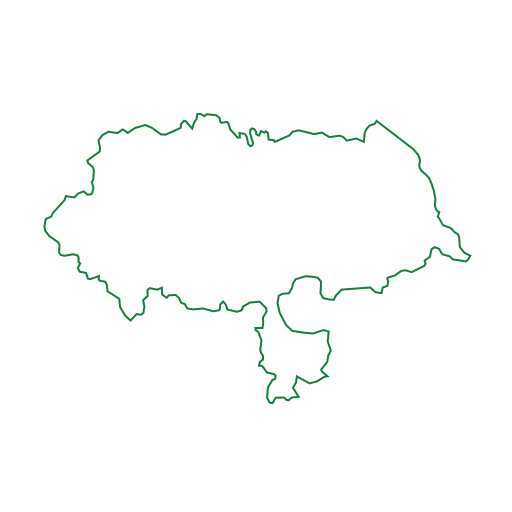 SVG path tracing the border of North Yorkshire, rotated 5°
{"feature_id": "GBR-2140", "entity_name": "North Yorkshire", "entity_type": "Administrative County", "adm_level": 1, "iso_a3": "GBR", "parent_name": "United Kingdom", "parent_adm1": "", "projection": "mercator", "projection_center": [-1.361, 54.089], "detail": "fine", "context": "isolated", "style": "outline", "palette": "green", "viewbox_px": 512, "rotation_deg": 5, "n_neighbors": 0, "source": "natural_earth", "source_scale": "10m", "svg_char_len": 3531}
<svg xmlns="http://www.w3.org/2000/svg" viewBox="0 0 512 512"><g transform="rotate(5 256 256)"><path d="M364.3,110.9L403.5,135.9L408.7,141.1L410.8,145.4L411.0,148.2L410.7,150.7L411.3,153.8L413.2,156.5L419.2,161.0L421.7,163.5L424.5,168.5L427.6,175.9L429.8,183.8L429.8,190.0L430.5,192.1L431.5,194.1L432.9,195.7L434.8,196.4L434.0,199.6L433.6,200.8L435.1,202.4L438.5,207.5L439.9,209.1L447.3,211.1L449.1,212.5L451.3,214.7L455.4,216.8L456.8,219.9L458.1,228.2L458.5,229.5L463.3,234.6L469.4,237.1L469.3,237.3L467.7,241.0L465.3,243.1L452.3,242.2L449.1,239.5L441.3,238.0L437.9,233.0L433.5,231.6L430.2,233.9L429.4,241.4L424.3,246.0L425.6,248.9L424.6,251.1L412.5,258.5L406.3,257.2L402.1,258.1L396.1,263.3L389.3,266.1L388.6,266.9L390.0,269.6L389.4,274.3L384.9,276.5L384.4,282.0L378.3,281.7L372.5,277.4L344.3,282.0L339.1,288.3L337.3,292.9L332.6,292.9L326.5,292.1L323.4,287.3L323.4,281.7L322.9,275.7L319.4,272.2L315.3,271.8L307.4,271.8L301.9,273.9L297.6,275.7L295.5,279.5L294.5,285.2L292.0,290.3L288.7,290.8L285.1,291.6L282.1,293.8L281.6,301.1L284.6,310.6L292.0,322.2L298.6,327.4L309.5,328.2L319.6,328.2L329.8,323.9L335.0,324.9L334.9,334.9L338.7,343.5L336.7,349.0L336.1,355.6L330.8,363.4L331.6,365.2L337.7,369.6L334.6,370.4L327.3,375.8L320.5,378.2L307.2,372.4L306.9,378.5L304.3,384.1L310.8,392.6L303.9,393.9L301.2,396.8L298.8,396.7L296.6,394.6L288.0,395.4L285.2,401.1L282.4,400.9L279.4,396.3L279.3,387.8L279.7,385.2L283.0,378.3L285.8,376.8L285.9,373.4L284.3,372.1L277.1,371.1L271.8,365.1L268.5,364.9L269.0,361.3L272.0,358.6L271.8,355.0L269.4,352.0L268.4,348.9L268.8,339.8L265.0,331.6L262.1,329.8L261.7,327.8L268.7,327.2L269.1,322.4L268.3,316.7L271.3,310.5L270.8,307.2L263.6,301.2L254.0,302.9L247.3,307.6L247.1,310.0L245.6,311.8L241.6,313.2L232.1,311.8L230.2,307.1L227.2,304.2L224.6,307.5L224.5,312.5L223.5,313.4L218.3,314.8L207.8,312.9L197.9,314.7L191.9,314.2L189.3,310.0L185.6,309.2L182.8,304.3L179.4,301.8L172.5,302.8L170.6,305.4L165.9,302.6L165.0,295.8L160.5,298.1L152.9,297.3L150.8,299.5L151.6,305.2L147.4,309.8L149.2,316.0L148.8,322.4L146.7,324.5L142.1,324.3L136.7,331.2L130.7,326.6L125.0,318.6L123.6,310.6L111.0,304.0L110.2,298.2L108.1,294.8L102.3,294.1L101.2,292.7L101.4,289.6L92.9,293.5L90.5,293.2L88.2,287.6L81.8,287.0L79.6,283.6L81.5,278.7L79.9,277.5L79.3,272.8L78.3,271.1L73.6,270.2L65.1,272.5L61.2,271.9L59.5,269.7L59.3,262.1L57.7,259.6L48.4,254.2L43.7,249.1L42.6,244.6L43.3,237.5L48.5,234.7L49.8,231.1L60.4,217.0L61.4,212.9L69.9,213.5L73.2,209.4L78.7,206.6L82.8,209.7L86.4,208.9L87.5,207.2L88.1,202.1L86.1,197.0L87.2,193.6L87.1,184.9L85.9,181.9L80.7,178.1L79.6,175.6L91.2,165.5L91.2,161.8L89.0,154.6L92.4,149.0L98.2,145.1L107.4,145.6L112.1,141.5L114.5,142.7L117.4,144.6L124.5,138.9L134.4,135.2L141.4,137.5L150.6,143.1L155.3,143.0L169.7,135.0L169.9,131.0L172.5,127.5L174.5,128.0L181.3,134.6L182.7,128.5L184.9,124.5L185.0,119.9L188.2,119.3L192.6,121.1L194.7,119.0L200.4,119.2L204.0,119.2L207.6,121.6L208.9,125.8L209.8,126.3L215.2,125.0L216.9,126.2L219.3,132.1L227.5,139.7L229.7,139.3L228.8,134.9L234.3,135.5L236.3,137.9L238.5,145.1L240.6,147.1L242.6,146.2L243.2,144.2L239.5,134.3L239.4,130.7L240.8,129.3L243.1,129.6L245.0,131.9L245.8,134.8L248.6,135.8L250.1,131.2L253.7,132.4L254.8,130.9L257.1,132.4L258.5,139.0L263.7,139.0L264.9,140.7L278.7,133.0L279.1,132.8L281.5,129.0L287.6,127.1L291.6,127.7L303.5,129.5L310.7,127.3L318.9,131.2L328.5,128.9L332.3,129.7L336.4,133.1L345.8,130.2L353.5,132.9L353.6,123.9L355.2,119.5L357.8,116.2L362.6,114.1L364.2,111.2L364.3,110.9L364.3,110.9Z" fill="none" stroke="#15803d" stroke-width="2"/></g></svg>